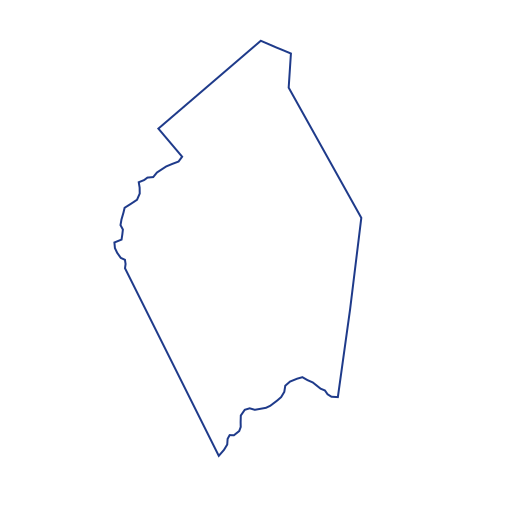 Pendências, Rio Grande do Norte, Brazil, rotated 229°
{"feature_id": "56859067B61214464369559", "entity_name": "Pendências", "entity_type": "district", "adm_level": 2, "iso_a3": "BRA", "parent_name": "Brazil", "parent_adm1": "Rio Grande do Norte", "projection": "albers", "projection_center": [-36.63, -5.294], "detail": "fine", "context": "isolated", "style": "outline", "palette": "blue", "viewbox_px": 512, "rotation_deg": 229, "n_neighbors": 0, "source": "geoboundaries", "source_scale": "gbopen_adm2", "svg_char_len": 956}
<svg xmlns="http://www.w3.org/2000/svg" viewBox="0 0 512 512"><g transform="rotate(229 256 256)"><path d="M415.3,400.8L416.2,265.9L379.4,265.4L378.1,259.5L380.4,253.3L382.5,247.0L383.2,241.9L384.0,236.0L383.0,230.2L386.4,225.5L386.7,221.4L388.6,215.9L383.9,213.0L379.4,209.2L376.5,203.1L377.5,195.5L378.6,188.5L375.6,184.3L371.8,178.4L368.2,174.0L363.3,172.9L360.1,169.4L356.6,165.3L359.1,158.0L354.5,154.7L349.4,153.3L343.3,152.7L339.1,154.6L335.5,152.3L332.7,149.1L129.6,96.8L130.7,104.7L132.6,110.6L136.6,114.6L138.1,118.6L135.2,121.7L134.9,128.5L137.0,132.3L140.7,135.4L145.6,139.9L147.3,146.6L145.2,151.3L140.7,154.2L134.9,163.9L133.6,168.5L133.0,177.3L133.0,182.4L134.9,188.2L138.9,193.0L138.9,199.3L136.4,206.6L134.1,211.5L128.6,213.4L123.3,215.9L113.5,217.7L109.3,219.8L104.7,219.3L100.3,220.6L95.8,225.2L154.0,292.0L215.7,360.5L361.6,391.1L385.9,415.2L395.4,410.5L399.9,408.2L415.3,400.8Z" fill="none" stroke="#1e3a8a" stroke-width="2"/></g></svg>